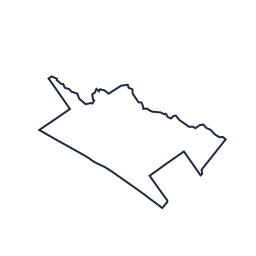 the district of Volusia, Florida, United States of America, rotated 146°
{"feature_id": "52423323B44461654915973", "entity_name": "Volusia", "entity_type": "district", "adm_level": 2, "iso_a3": "USA", "parent_name": "United States of America", "parent_adm1": "Florida", "projection": "equal_earth", "projection_center": [-81.228, 29.02], "detail": "fine", "context": "isolated", "style": "outline", "palette": "slate", "viewbox_px": 256, "rotation_deg": 146, "n_neighbors": 0, "source": "geoboundaries", "source_scale": "gbopen_adm2", "svg_char_len": 1111}
<svg xmlns="http://www.w3.org/2000/svg" viewBox="0 0 256 256"><g transform="rotate(146 128 128)"><path d="M162.5,213.5L166.1,213.5L165.5,176.2L185.2,176.0L202.7,176.0L194.0,158.3L181.4,133.5L179.6,129.9L177.2,124.5L175.0,118.6L169.2,108.8L166.3,102.3L165.7,101.0L164.9,98.8L163.4,94.8L153.0,67.5L151.1,62.0L149.3,56.7L144.3,42.5L137.0,44.6L135.9,45.9L136.4,59.4L136.8,76.3L129.6,76.5L118.2,76.9L94.8,77.3L94.3,48.2L92.2,48.5L90.3,52.3L53.3,64.0L54.5,67.7L57.3,69.1L59.5,74.0L60.7,80.7L63.0,84.1L63.7,88.8L67.1,90.3L72.2,90.1L73.3,92.6L76.8,95.0L81.0,106.1L81.4,111.6L83.5,112.5L87.0,111.8L88.9,114.9L88.7,118.7L90.1,119.0L92.4,122.8L98.7,127.9L100.2,130.4L101.4,133.5L104.6,135.3L103.6,137.0L102.5,141.5L104.9,143.4L104.9,153.8L102.7,157.5L105.0,161.1L104.0,164.0L110.0,166.9L117.5,167.1L124.9,167.3L126.4,172.4L129.7,175.8L131.6,174.7L132.3,178.0L135.8,175.9L138.7,176.0L141.1,171.2L140.6,169.7L143.8,168.2L145.1,169.6L149.8,171.4L152.1,179.7L150.8,184.7L154.7,190.0L155.0,193.1L157.9,196.7L157.1,200.6L158.7,201.9L160.3,207.6L159.4,208.6L162.5,213.5Z" fill="none" stroke="#1e293b" stroke-width="2"/></g></svg>